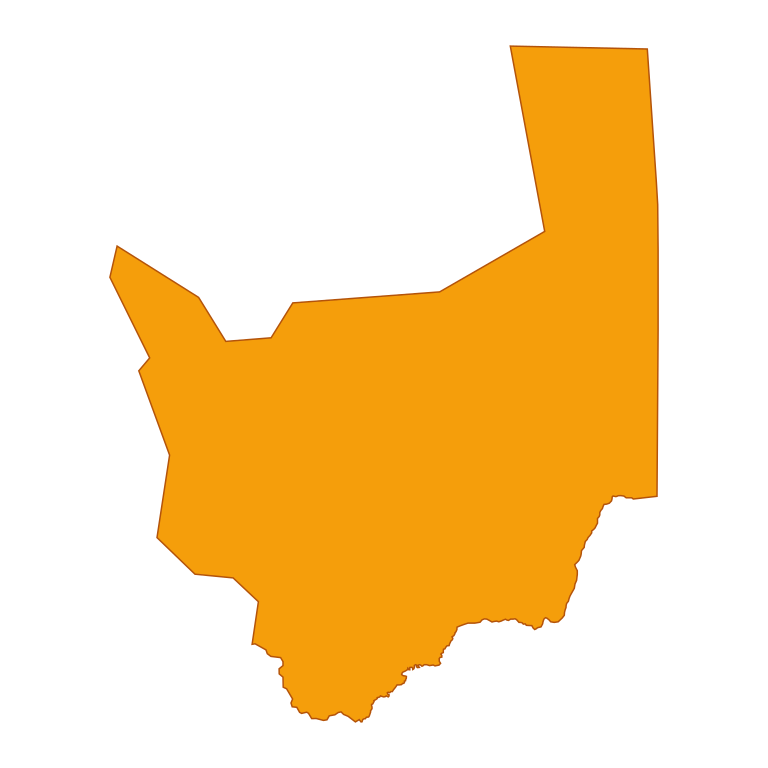 Maiwut, Upper Nile, South Sudan
{"feature_id": "79223893B33528845536299", "entity_name": "Maiwut", "entity_type": "district", "adm_level": 2, "iso_a3": "SSD", "parent_name": "South Sudan", "parent_adm1": "Upper Nile", "projection": "mercator", "projection_center": [33.888, 8.784], "detail": "fine", "context": "isolated", "style": "filled", "palette": "amber", "viewbox_px": 768, "rotation_deg": 0, "n_neighbors": 0, "source": "geoboundaries", "source_scale": "gbopen_adm2", "svg_char_len": 3513}
<svg xmlns="http://www.w3.org/2000/svg" viewBox="0 0 768 768"><path d="M647.3,49.0L510.3,46.1L544.7,231.4L439.6,291.9L292.8,302.9L271.1,337.8L225.8,341.4L198.6,297.4L117.1,246.1L109.9,277.3L128.8,315.6L149.7,357.9L138.8,370.8L169.6,455.1L157.0,537.6L195.0,574.2L233.1,577.9L258.4,601.7L252.1,644.3L255.1,643.8L266.0,649.9L267.3,653.7L270.9,656.4L280.6,657.6L283.0,661.6L283.0,665.6L279.1,668.8L279.2,673.9L283.0,677.1L283.2,687.2L286.6,688.8L292.6,699.0L291.0,703.0L292.2,706.8L296.8,707.3L299.6,712.3L301.6,713.4L306.7,712.2L308.5,713.3L311.7,718.6L316.2,718.5L323.5,720.4L327.0,719.8L329.3,715.8L334.9,714.8L338.2,712.5L341.1,711.9L343.6,714.4L348.1,716.3L355.4,721.9L358.3,720.2L359.2,719.6L361.0,721.9L362.0,721.8L362.8,719.5L364.0,718.8L365.4,718.7L366.3,717.3L368.6,717.0L369.3,715.9L370.6,712.0L370.6,710.6L371.5,709.6L372.0,708.6L372.0,706.9L371.6,705.8L371.6,704.4L372.7,704.0L374.1,701.4L373.9,700.6L375.5,699.8L377.2,698.6L377.2,697.6L378.8,697.3L379.8,696.9L380.4,695.9L381.9,696.4L383.7,696.9L385.1,696.7L386.3,695.9L388.2,696.9L389.0,696.1L389.1,694.8L387.7,694.1L387.3,692.7L388.2,692.2L389.7,692.7L390.8,691.6L392.3,691.6L393.4,689.9L395.4,687.4L397.1,684.9L399.4,684.9L401.5,684.6L402.7,683.4L403.7,683.4L404.4,682.6L404.4,681.1L405.5,680.8L405.8,679.2L406.3,678.3L406.4,676.4L405.2,676.0L403.2,675.7L401.7,674.6L402.0,673.2L402.9,672.1L405.0,671.2L407.6,669.6L407.8,668.4L408.9,669.8L409.8,669.8L409.8,668.7L409.5,667.8L409.9,667.4L411.9,667.3L412.5,667.8L412.8,669.5L413.9,668.7L414.4,667.1L414.4,665.4L415.6,664.7L416.5,665.1L416.5,666.7L417.4,667.6L419.3,667.4L418.8,666.7L418.0,665.3L419.3,664.7L420.7,665.1L421.9,666.2L422.8,665.9L424.2,664.7L426.8,664.7L429.5,665.6L430.9,665.4L433.2,665.0L435.0,665.9L436.4,665.6L439.0,665.1L440.6,663.3L439.3,661.3L439.2,658.6L440.1,657.4L441.8,657.1L441.8,655.4L440.9,654.1L441.8,653.2L443.3,652.6L443.3,650.9L443.5,649.2L444.9,648.9L445.8,647.2L447.0,645.8L449.1,645.6L449.6,643.8L451.0,640.9L452.4,639.7L452.8,638.3L452.0,636.9L453.9,635.6L455.0,633.6L455.0,632.7L455.9,631.9L456.9,629.6L456.9,628.5L457.1,627.1L460.0,625.9L463.8,624.5L468.0,623.1L471.7,623.1L474.9,623.1L477.9,622.6L480.1,622.2L482.1,619.8L484.4,618.9L486.8,619.1L489.1,620.3L492.0,622.0L493.9,621.5L496.6,621.1L498.8,621.8L501.1,621.1L503.2,620.1L505.5,619.2L507.0,620.1L508.6,620.4L509.3,619.9L510.6,619.1L513.2,619.1L515.1,618.8L516.5,619.6L519.0,622.4L520.2,622.4L522.0,622.7L523.3,624.1L525.3,623.9L526.3,625.3L529.2,625.5L531.8,625.6L533.2,628.1L534.7,629.5L536.4,628.7L537.5,627.7L539.2,627.3L541.0,626.9L542.6,623.9L543.0,621.8L543.9,619.1L545.5,617.7L546.8,618.1L549.1,619.9L550.7,621.8L554.2,622.4L558.2,621.8L562.3,617.9L564.3,615.3L564.5,612.5L565.1,610.0L566.0,607.5L566.1,605.7L566.6,603.5L568.4,601.2L569.1,598.4L570.1,595.8L572.1,592.2L574.3,588.3L575.0,584.0L576.6,580.3L577.0,576.7L577.3,574.5L577.3,570.7L575.5,567.2L574.7,564.6L577.0,562.4L578.9,560.4L580.8,555.9L581.2,553.9L581.5,550.6L582.7,549.2L584.2,547.4L584.4,545.2L585.3,541.5L587.2,539.5L588.0,537.6L590.0,535.4L591.7,532.9L591.7,530.9L593.5,529.6L595.0,528.0L596.5,525.0L597.5,523.2L597.5,521.3L597.5,518.5L599.2,516.5L599.8,514.9L599.8,512.5L600.8,510.5L602.4,508.6L603.0,506.6L604.0,504.4L606.7,504.1L609.3,503.2L611.5,500.9L612.0,499.0L612.2,496.9L613.1,496.0L615.7,496.6L616.7,496.4L618.2,495.7L620.7,495.6L623.8,496.0L626.2,497.8L628.7,497.8L631.7,497.8L633.3,499.0L657.0,496.3L658.1,329.9L658.1,250.6L657.7,204.7L656.4,182.7L647.3,49.0Z" fill="#f59e0b" stroke="#b45309" stroke-width="1.5"/></svg>